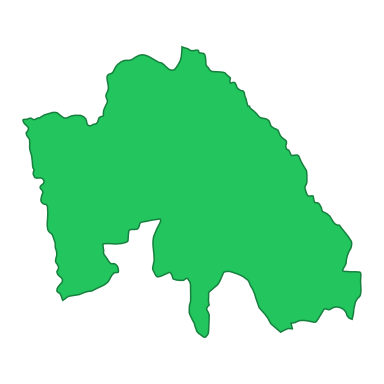 the district of Quan Ba, Hà Giang, Vietnam
{"feature_id": "81297802B31175014332346", "entity_name": "Quan Ba", "entity_type": "district", "adm_level": 2, "iso_a3": "VNM", "parent_name": "Vietnam", "parent_adm1": "Hà Giang", "projection": "natural_earth1", "projection_center": [104.959, 23.067], "detail": "fine", "context": "isolated", "style": "filled", "palette": "green", "viewbox_px": 384, "rotation_deg": 0, "n_neighbors": 0, "source": "geoboundaries", "source_scale": "gbopen_adm2", "svg_char_len": 5908}
<svg xmlns="http://www.w3.org/2000/svg" viewBox="0 0 384 384"><path d="M352.1,319.3L353.4,313.8L353.9,308.7L355.4,302.1L356.9,299.4L357.8,298.2L359.0,297.2L359.8,296.2L360.3,295.0L360.6,293.8L361.0,290.0L360.6,282.8L360.6,280.2L360.9,274.7L360.7,273.5L360.3,272.5L359.8,272.1L355.9,271.8L350.1,271.8L347.2,271.5L344.6,271.4L343.1,271.0L342.6,270.5L342.6,270.0L345.6,264.5L346.1,263.1L346.4,259.7L347.2,256.0L348.8,251.9L351.0,247.9L351.5,245.5L351.7,243.5L351.5,241.8L351.3,241.3L348.0,236.2L340.8,227.2L339.5,225.2L337.5,225.1L335.3,224.1L333.7,222.5L329.7,216.1L327.1,213.8L322.7,211.6L322.0,210.6L321.3,207.6L319.6,204.5L318.6,203.3L317.2,202.7L315.6,202.8L315.2,202.6L314.5,201.9L313.9,200.4L313.3,196.5L312.9,196.0L312.2,195.8L308.8,196.2L308.1,195.8L307.0,194.5L306.2,192.5L304.9,187.9L304.9,186.8L306.1,184.6L306.6,183.3L306.9,182.0L306.9,175.3L306.7,172.2L306.3,170.3L303.0,165.0L300.9,161.1L299.0,156.6L298.3,155.6L297.5,155.1L295.8,155.1L292.0,155.5L291.4,155.2L290.8,154.6L289.5,151.5L288.7,150.2L286.6,149.1L286.1,147.8L285.8,146.5L285.9,145.0L286.5,143.3L286.4,141.4L285.8,140.4L282.3,137.9L280.5,135.8L280.0,135.0L278.1,130.4L276.2,129.1L274.6,128.6L271.9,126.8L270.9,125.9L269.9,123.0L269.1,121.0L267.3,119.4L265.0,118.6L262.0,118.1L259.8,117.4L258.6,116.2L255.9,113.0L253.1,110.5L251.3,109.0L250.1,108.2L249.5,106.2L248.0,106.2L246.8,102.5L246.1,98.9L244.9,96.3L244.2,92.5L243.8,91.8L243.2,91.1L242.6,90.8L241.2,90.7L240.1,90.1L238.8,89.3L237.3,88.0L236.6,86.5L235.9,84.3L234.9,82.8L234.3,82.4L233.0,82.4L231.2,83.0L230.4,83.1L230.0,82.8L229.9,82.4L230.0,81.8L230.0,80.1L230.4,78.3L230.1,77.6L227.2,75.2L224.8,72.8L223.0,72.3L219.5,71.9L212.9,71.6L211.7,71.4L209.6,69.9L208.3,67.7L206.4,65.7L206.0,65.0L205.6,58.1L204.9,55.0L204.5,54.2L203.4,53.4L199.1,52.8L198.8,52.1L198.6,51.0L198.4,50.6L197.6,50.2L196.3,50.1L193.1,50.7L190.5,50.5L188.1,48.9L185.8,48.1L184.0,47.7L182.0,46.8L181.8,51.6L181.2,57.3L180.0,61.2L178.0,64.9L176.0,67.8L174.3,69.7L172.9,70.1L171.0,70.1L168.8,69.2L165.7,66.5L163.7,64.5L161.7,63.0L158.7,62.3L148.7,56.5L144.9,55.1L142.0,54.8L139.0,55.4L135.5,57.2L132.6,59.1L131.0,59.9L129.1,60.4L126.4,60.3L123.8,60.6L120.9,62.0L118.1,64.1L116.3,66.0L114.6,68.8L113.3,71.7L111.7,73.3L109.1,74.2L107.9,75.0L107.1,76.4L107.0,78.3L107.3,80.7L108.3,85.9L108.4,88.5L107.8,90.9L106.5,93.5L105.9,95.5L106.0,96.8L107.4,100.5L107.2,102.5L104.3,108.6L103.6,110.7L103.3,113.5L103.5,115.3L103.3,115.9L99.8,117.1L98.8,118.2L97.7,122.0L96.1,123.8L93.2,124.4L91.8,125.3L90.4,125.8L89.4,125.8L87.8,125.0L87.0,123.6L86.4,120.6L85.6,118.7L83.6,116.7L80.6,115.4L74.8,115.3L71.2,116.0L66.4,118.1L64.9,118.1L63.2,117.5L60.1,115.2L57.2,112.8L55.2,112.4L53.1,112.4L50.4,113.1L44.4,114.9L39.5,117.9L37.8,118.0L35.5,119.3L34.0,119.6L33.0,119.5L31.7,118.5L31.0,118.2L29.8,118.2L28.3,118.7L27.3,119.3L23.8,119.4L23.1,119.8L23.0,120.4L23.2,121.4L24.3,123.5L26.7,125.8L28.4,127.6L28.4,129.1L27.6,131.2L26.3,132.4L26.2,133.4L26.7,135.1L27.3,136.4L28.8,138.2L29.6,139.9L29.7,143.5L29.6,146.9L29.9,149.8L31.7,156.2L32.4,162.6L32.6,166.2L33.2,168.3L34.0,169.6L34.0,170.3L33.3,172.3L33.2,173.6L33.4,174.8L34.9,177.6L36.5,178.1L40.5,177.9L42.3,178.4L43.6,180.0L44.0,181.1L44.0,182.1L43.5,183.4L40.6,185.9L40.2,186.9L40.1,187.6L40.6,188.7L42.1,190.3L42.8,191.7L42.9,192.7L41.8,195.3L41.0,198.9L40.9,200.4L41.3,201.8L42.0,202.7L42.8,203.5L43.9,204.1L46.2,204.5L47.1,205.5L47.5,207.3L47.8,213.1L47.7,216.4L47.3,221.9L47.2,225.4L47.6,228.5L48.1,230.4L49.0,231.7L50.3,232.9L52.0,234.2L53.0,236.5L55.2,243.0L55.3,247.8L56.2,250.3L56.7,252.6L56.7,255.5L55.9,258.4L55.6,260.3L55.6,261.5L56.0,262.6L57.3,264.4L58.3,266.2L58.5,267.2L58.5,268.5L57.4,270.5L56.9,271.7L57.1,272.9L58.0,274.8L61.8,278.3L62.5,279.9L62.1,282.2L59.7,284.9L57.9,287.2L57.1,288.9L56.9,291.0L57.8,292.2L60.1,293.7L61.2,296.1L62.3,299.4L62.8,300.4L66.0,298.1L67.4,296.9L69.0,296.2L79.1,294.6L83.5,292.8L86.4,291.8L89.4,291.2L91.8,291.0L95.8,288.9L103.9,285.1L106.3,283.4L108.0,281.9L109.6,279.4L111.7,275.4L114.2,272.8L115.6,272.6L117.6,272.5L118.2,272.2L118.5,271.1L118.3,269.4L117.8,267.2L117.2,265.9L115.5,264.3L114.4,263.7L111.4,263.7L110.6,263.5L108.8,261.4L106.7,258.1L104.0,254.5L103.5,252.9L103.7,250.5L103.0,245.7L103.0,244.3L103.3,243.9L104.0,243.7L109.4,243.6L115.6,244.0L121.5,243.5L125.1,242.6L126.9,241.9L127.6,241.3L128.0,240.7L128.4,234.2L128.9,230.7L129.4,230.1L130.4,229.7L131.3,229.5L135.7,229.4L137.5,229.0L138.5,227.8L139.1,226.3L139.7,224.0L140.3,222.9L141.5,222.1L143.8,221.8L152.2,220.1L159.9,219.0L160.3,219.4L160.7,220.3L160.7,221.0L159.6,223.6L156.9,228.7L153.7,236.4L153.3,238.6L153.0,241.1L153.0,245.4L153.9,254.2L154.2,260.3L152.6,268.1L153.0,270.1L155.8,275.5L157.0,276.6L157.8,276.9L158.8,276.7L161.1,276.1L169.1,272.5L170.1,272.5L170.7,273.0L171.8,274.9L173.2,279.0L176.4,280.0L180.2,280.4L183.5,280.3L184.8,279.5L185.9,278.6L186.8,278.3L187.7,278.8L189.8,281.8L190.5,284.3L190.7,296.8L190.6,301.2L189.4,305.6L189.2,312.6L190.3,315.6L192.8,320.7L194.2,323.0L195.1,326.5L196.9,331.5L198.8,333.5L200.3,334.5L202.7,336.4L203.9,337.1L205.2,337.2L205.9,336.7L207.8,334.5L208.5,332.3L208.9,324.7L209.2,315.6L209.0,314.2L207.9,311.7L206.8,309.8L206.6,308.4L208.0,306.1L209.2,305.1L208.6,302.5L208.5,300.8L208.7,292.7L209.1,292.0L217.4,284.9L218.9,282.9L220.3,280.1L223.4,272.9L224.2,272.0L226.2,271.5L229.4,271.4L233.0,272.4L238.9,274.5L243.0,276.5L247.9,280.2L249.0,281.9L250.3,285.3L252.7,289.4L254.5,293.6L255.9,298.3L259.2,307.7L265.2,314.5L268.1,318.5L268.8,320.0L270.7,323.5L271.7,324.5L280.7,332.2L283.4,330.6L287.4,328.8L288.7,328.5L292.4,328.8L291.0,323.2L295.1,322.6L297.2,321.5L299.9,320.6L303.5,320.4L307.8,320.9L313.9,322.2L315.1,322.2L316.2,321.7L317.8,319.5L324.1,309.1L325.6,308.9L329.0,309.8L329.9,309.5L331.9,308.3L333.9,307.3L337.1,306.9L340.3,307.7L342.6,308.8L344.0,309.9L345.2,311.3L346.3,313.0L346.9,315.4L348.0,316.8L349.2,318.2L352.1,319.3Z" fill="#22c55e" stroke="#15803d" stroke-width="1.5"/></svg>